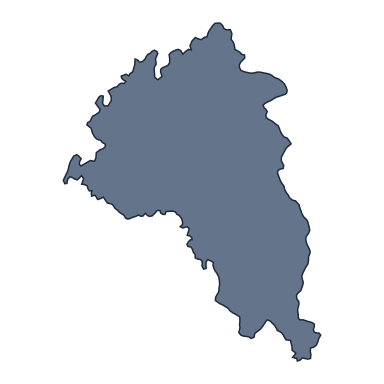 the district of Abadia dos Dourados, Minas Gerais, Brazil
{"feature_id": "56859067B68751395619668", "entity_name": "Abadia dos Dourados", "entity_type": "district", "adm_level": 2, "iso_a3": "BRA", "parent_name": "Brazil", "parent_adm1": "Minas Gerais", "projection": "robinson", "projection_center": [-47.46, -18.373], "detail": "fine", "context": "isolated", "style": "filled", "palette": "slate", "viewbox_px": 384, "rotation_deg": 0, "n_neighbors": 0, "source": "geoboundaries", "source_scale": "gbopen_adm2", "svg_char_len": 5072}
<svg xmlns="http://www.w3.org/2000/svg" viewBox="0 0 384 384"><path d="M230.3,29.6L226.2,29.8L223.8,28.4L222.9,26.0L221.4,24.2L219.6,23.0L215.1,23.3L213.3,24.9L209.9,29.6L208.5,32.0L206.8,37.1L204.5,37.2L201.2,39.7L197.3,38.5L195.3,37.5L192.1,40.9L190.0,45.7L191.3,49.8L188.5,49.4L185.7,51.3L182.8,54.2L180.6,50.4L178.0,49.3L174.3,50.6L171.0,52.5L169.1,54.5L169.7,59.0L169.6,62.7L167.9,65.4L162.2,67.9L160.7,69.4L160.6,72.1L162.1,76.4L157.8,79.8L154.8,77.3L154.1,69.0L154.8,66.1L156.2,64.2L155.5,58.8L157.8,53.5L156.8,51.4L154.3,50.2L151.6,51.6L150.2,53.4L148.0,54.2L146.5,56.1L144.8,59.5L142.1,61.7L139.3,62.2L138.1,60.3L135.1,59.0L134.8,64.6L132.7,71.8L130.0,73.6L128.8,75.9L126.0,74.2L123.6,75.2L121.2,76.1L121.7,78.3L123.6,80.1L125.8,81.3L124.3,83.5L121.4,83.2L119.0,84.4L117.1,86.8L113.9,87.6L112.1,88.7L108.2,91.0L110.6,95.3L111.3,97.7L111.2,100.6L108.1,105.8L104.5,106.0L102.6,103.5L103.3,96.1L100.8,95.7L98.8,97.2L97.3,100.0L95.4,103.1L96.8,105.0L99.9,109.2L99.4,112.0L95.8,114.6L92.6,116.2L91.0,119.6L89.7,121.6L87.6,122.6L86.9,124.9L91.1,128.2L92.4,132.9L94.4,136.6L96.2,138.6L98.5,139.8L100.5,140.2L102.3,142.5L105.2,144.1L105.3,146.7L102.7,148.9L100.1,149.7L98.2,151.2L96.3,152.6L95.9,158.1L94.4,161.3L90.3,160.5L87.1,162.4L80.8,166.0L79.3,164.2L79.6,161.6L81.2,158.7L78.6,156.0L76.7,154.7L73.7,156.1L70.3,161.8L69.3,164.7L68.0,170.4L63.3,180.3L64.8,183.7L66.9,183.4L67.7,179.3L69.9,176.8L72.6,177.7L74.7,179.1L77.4,179.9L79.3,177.9L81.5,175.7L83.6,178.6L82.6,181.7L81.7,184.2L84.3,184.5L87.2,185.9L88.0,188.8L89.3,190.9L91.9,190.7L91.3,193.2L91.6,196.1L94.9,195.2L96.3,197.0L97.6,199.5L100.8,198.5L103.3,197.1L105.2,199.9L107.4,203.1L110.2,203.6L112.3,204.4L113.7,206.2L115.2,208.5L117.4,210.1L119.1,212.0L121.5,213.7L124.1,215.4L125.6,218.2L127.8,219.1L130.1,218.5L132.7,217.3L135.8,216.4L138.4,215.0L140.6,216.2L142.9,216.1L145.2,213.2L147.6,215.6L149.6,216.4L152.1,215.9L154.9,213.2L157.2,210.5L160.0,210.6L160.7,213.0L162.6,214.3L164.9,214.5L166.2,211.5L169.8,211.3L173.0,211.2L175.5,212.0L176.8,214.2L179.2,215.5L181.5,218.4L182.7,222.4L182.4,224.7L180.2,226.7L183.0,228.0L185.5,227.0L187.6,227.0L189.2,229.0L188.0,232.8L187.2,235.4L189.5,235.8L191.6,237.5L192.1,239.7L190.1,239.9L188.5,241.7L186.9,244.4L188.0,246.5L191.1,247.1L192.7,249.9L193.3,252.3L195.1,254.3L195.2,257.9L197.4,259.0L199.8,259.4L201.6,260.3L202.3,262.8L202.0,266.1L203.7,269.2L206.2,268.2L205.9,265.1L206.2,261.7L207.7,259.6L210.7,260.9L213.4,262.5L213.0,265.3L213.8,268.2L215.1,270.8L216.9,273.3L218.7,277.0L219.4,280.6L219.6,284.6L219.1,287.8L218.9,290.8L218.1,293.0L216.9,294.9L215.6,297.3L215.4,300.5L217.7,302.2L219.6,303.5L221.6,304.5L223.6,305.4L225.6,306.8L228.0,308.2L230.0,310.8L233.0,313.0L235.6,314.3L238.0,315.7L239.8,317.1L239.9,321.4L239.5,324.8L240.0,327.6L239.5,330.1L238.7,332.5L241.0,335.2L243.8,336.2L246.1,336.4L248.9,336.9L251.1,338.4L254.0,337.3L254.8,333.4L258.0,331.0L260.4,329.1L262.7,326.3L264.5,323.6L265.6,321.7L267.3,319.9L270.0,320.9L272.2,323.1L274.7,325.5L276.2,328.0L277.3,330.5L279.4,331.4L281.5,332.7L283.3,335.0L284.4,337.3L286.0,339.9L288.4,340.1L290.6,340.5L291.2,343.9L292.0,346.1L292.1,350.3L293.8,351.5L295.8,353.2L294.3,355.3L292.6,357.3L294.6,358.0L296.8,358.4L297.3,361.0L300.1,360.1L302.3,357.8L304.7,358.5L307.9,359.1L310.5,358.5L310.9,354.9L310.3,351.4L310.6,347.9L313.6,347.3L316.2,345.3L317.6,342.5L318.7,338.8L320.7,335.1L319.1,333.2L316.9,332.9L314.3,332.3L313.4,329.2L314.3,326.5L314.2,324.0L311.9,322.5L308.6,321.6L305.9,320.8L303.2,319.8L299.8,319.8L298.3,318.0L298.3,315.1L298.0,312.8L297.6,310.5L298.2,307.2L299.0,303.9L298.6,301.2L296.8,299.0L296.5,295.1L298.4,292.7L300.8,290.6L301.7,288.1L302.7,285.2L303.3,282.4L302.3,279.2L301.8,276.5L302.6,273.6L304.2,270.4L305.7,267.4L307.9,264.0L308.5,260.6L308.6,256.6L309.7,254.0L310.2,251.8L309.5,249.4L307.9,246.2L306.6,243.3L305.9,240.4L305.9,237.2L307.0,235.4L308.6,233.2L309.7,230.5L309.4,228.1L308.7,225.4L307.9,222.2L306.5,219.5L303.8,217.0L301.8,213.6L300.8,210.3L299.8,207.8L299.2,205.0L297.5,203.1L295.6,200.9L292.4,200.1L289.7,198.0L288.3,195.2L286.3,192.5L284.6,189.3L284.0,186.2L282.2,183.8L280.7,181.4L279.8,179.2L278.8,176.5L277.6,173.1L277.9,170.6L279.8,169.3L283.2,168.5L283.7,165.6L282.4,162.9L281.2,160.4L281.4,157.2L282.8,154.4L284.5,151.3L285.8,148.8L287.5,146.8L289.1,145.6L291.1,143.9L289.4,141.1L287.2,138.1L284.0,136.9L281.7,134.1L280.1,130.7L279.2,128.0L278.1,125.7L275.9,124.2L274.0,122.7L271.9,121.0L268.6,119.4L266.2,117.5L265.9,114.7L267.2,111.7L266.1,109.6L264.2,107.9L263.1,105.1L265.5,103.1L268.1,101.7L271.0,100.4L273.4,98.9L276.3,97.2L279.0,96.4L282.2,95.3L285.1,94.3L286.8,92.7L287.1,90.2L286.1,87.2L284.6,84.2L282.5,81.9L280.3,80.2L278.5,79.0L276.7,78.3L274.3,77.4L271.8,75.4L269.7,74.2L267.0,73.5L264.1,73.0L261.1,72.3L258.1,72.0L255.9,72.4L253.2,73.1L249.9,73.1L247.5,72.5L244.4,71.8L240.9,70.4L239.4,67.4L239.4,64.8L240.5,62.5L242.6,60.2L244.8,58.0L244.5,55.0L241.6,54.3L239.9,52.3L237.5,50.8L234.9,49.4L234.6,46.8L234.0,44.2L233.0,41.7L231.2,39.5L231.4,37.1L231.9,33.7L230.3,29.6Z" fill="#64748b" stroke="#1e293b" stroke-width="1.5"/></svg>